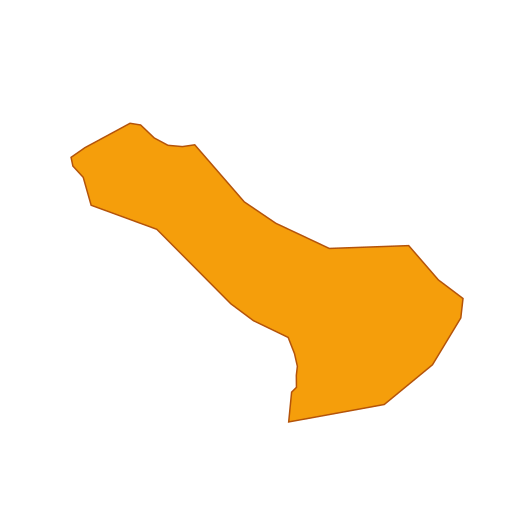 the border of Škofljica, rotated 130°
{"feature_id": "SVN-990", "entity_name": "Škofljica", "entity_type": "Municipality", "adm_level": 1, "iso_a3": "SVN", "parent_name": "Slovenia", "parent_adm1": "", "projection": "equal_earth", "projection_center": [14.578, 45.957], "detail": "fine", "context": "isolated", "style": "filled", "palette": "amber", "viewbox_px": 512, "rotation_deg": 130, "n_neighbors": 0, "source": "natural_earth", "source_scale": "10m", "svg_char_len": 539}
<svg xmlns="http://www.w3.org/2000/svg" viewBox="0 0 512 512"><g transform="rotate(130 256 256)"><path d="M323.1,414.9L306.8,438.9L304.8,454.1L299.3,461.1L283.0,456.7L235.3,437.8L229.8,428.6L231.0,409.8L227.8,394.6L219.5,382.7L210.2,374.4L222.1,299.8L218.2,261.8L203.1,204.7L149.9,145.7L157.1,100.9L155.5,70.1L171.8,59.3L225.9,50.9L287.3,62.3L362.1,124.3L337.4,141.2L330.6,140.6L321.5,148.4L313.9,153.4L306.0,163.8L297.7,179.0L307.2,216.4L308.8,244.5L299.3,349.1L323.1,414.9Z" fill="#f59e0b" stroke="#b45309" stroke-width="1.5"/></g></svg>